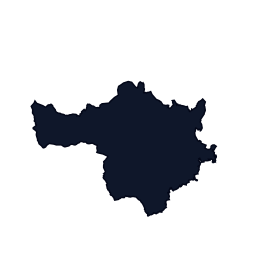 Trim Lea-6, Meath, Ireland (Albers equal-area conic projection), rotated 42°
{"feature_id": "5873133B65979893592853", "entity_name": "Trim Lea-6", "entity_type": "district", "adm_level": 2, "iso_a3": "IRL", "parent_name": "Ireland", "parent_adm1": "Meath", "projection": "albers", "projection_center": [-6.857, 53.512], "detail": "fine", "context": "isolated", "style": "filled", "palette": "ink", "viewbox_px": 256, "rotation_deg": 42, "n_neighbors": 0, "source": "geoboundaries", "source_scale": "gbopen_adm2", "svg_char_len": 5869}
<svg xmlns="http://www.w3.org/2000/svg" viewBox="0 0 256 256"><g transform="rotate(42 128 128)"><path d="M215.2,94.3L215.0,93.7L214.5,93.7L213.8,92.8L213.7,92.5L212.3,91.1L213.1,90.8L212.5,89.9L211.4,89.4L210.8,90.0L211.9,90.8L211.6,91.4L211.4,91.4L210.5,90.8L210.1,90.1L209.2,89.4L208.5,88.4L208.1,88.6L207.0,88.2L206.1,88.6L205.9,88.3L205.5,87.6L206.6,86.8L205.9,84.1L205.8,82.6L203.4,82.9L202.3,84.1L202.0,85.3L202.0,85.9L203.1,87.4L203.3,88.4L203.0,89.1L202.1,90.2L201.1,90.9L198.5,91.5L197.5,88.6L192.9,90.3L191.5,89.8L191.2,89.2L189.7,89.4L189.3,90.6L187.9,90.6L183.9,89.2L183.8,89.5L180.9,87.1L180.4,86.5L180.0,85.1L178.8,83.7L178.4,82.7L178.8,82.4L179.7,82.5L180.5,82.2L181.4,82.5L181.5,82.2L181.4,81.8L182.1,80.8L183.6,81.7L183.8,80.9L183.1,78.4L180.2,76.1L178.0,75.4L177.3,74.6L177.1,73.7L176.2,73.2L175.2,66.6L174.6,66.0L174.1,64.3L173.5,63.1L170.7,60.8L169.6,60.4L168.0,56.9L164.1,56.5L164.0,58.2L163.6,59.7L163.0,61.0L163.4,63.8L164.0,64.5L164.0,65.7L164.9,66.6L163.7,71.5L163.3,71.3L162.8,71.4L163.4,72.1L163.1,74.0L163.6,74.0L162.6,74.5L161.2,73.7L160.3,73.9L157.7,72.3L157.1,73.2L156.4,73.7L154.8,74.3L151.2,76.5L151.0,76.3L150.5,77.3L149.0,77.0L148.9,78.3L147.5,77.5L143.8,76.5L142.6,78.0L143.6,78.3L144.1,79.1L146.4,80.5L146.2,81.9L146.4,84.2L146.0,85.6L145.6,85.9L144.8,85.6L144.0,85.8L143.7,86.2L143.5,85.7L143.5,84.4L143.1,84.0L142.0,84.7L141.2,85.9L138.5,87.5L134.7,86.5L134.2,86.6L133.7,87.1L132.9,86.8L129.9,87.9L123.4,87.1L120.5,85.8L119.8,87.3L118.4,88.9L118.3,89.9L117.2,90.0L116.7,90.4L116.6,91.0L116.0,91.3L114.1,88.1L112.3,87.1L111.8,86.1L110.5,85.2L110.5,84.9L109.0,84.4L109.0,85.1L106.2,85.6L106.0,87.0L106.3,87.4L106.3,88.2L108.2,91.7L106.4,92.6L100.2,91.6L97.1,93.3L94.6,97.6L94.1,100.1L93.2,103.3L94.9,106.6L98.9,110.0L97.6,114.4L97.1,119.9L97.2,122.3L92.5,127.4L92.0,129.9L92.7,130.5L93.1,131.5L93.2,132.6L92.2,132.7L90.7,134.4L89.2,134.8L87.9,134.8L86.4,135.8L83.6,136.1L82.8,137.0L82.2,137.2L82.3,138.6L83.0,139.2L84.5,142.0L84.5,143.8L83.0,143.6L82.7,146.4L82.7,147.1L83.8,148.1L83.1,149.7L83.9,150.7L84.1,151.7L82.4,152.4L81.9,153.2L81.4,152.6L80.3,152.7L77.9,154.5L77.4,155.0L76.9,156.2L76.0,157.0L75.8,157.5L75.8,157.9L75.5,157.9L75.0,159.1L74.2,159.4L73.3,160.5L72.2,161.0L71.9,160.8L71.0,161.1L69.0,162.3L67.8,162.5L66.3,163.6L64.2,164.2L62.8,163.9L61.8,163.2L57.4,162.4L56.9,161.8L55.1,161.9L55.2,162.1L54.9,162.4L54.5,163.2L53.7,163.6L53.6,164.8L53.2,164.8L53.0,167.1L52.7,167.9L49.9,168.4L43.6,170.8L40.8,170.2L41.6,172.4L41.6,176.6L44.9,178.1L47.0,180.7L49.6,181.4L50.6,181.9L51.5,183.0L52.0,183.2L53.5,184.7L53.5,185.2L53.7,185.5L55.2,185.5L56.8,187.0L57.6,186.8L58.2,187.5L57.9,188.3L58.0,188.6L57.4,191.2L58.0,191.9L61.5,191.6L63.0,192.1L64.1,194.0L65.1,194.9L68.3,196.8L69.1,197.7L70.5,198.0L72.5,199.2L75.6,199.1L77.9,199.5L78.7,199.1L79.4,197.2L79.1,195.4L79.5,193.2L79.9,192.1L83.6,189.6L86.0,188.5L89.8,185.1L92.6,184.7L93.7,184.2L96.0,180.8L96.2,179.0L96.6,178.2L97.3,177.4L99.3,176.5L100.1,175.8L100.6,174.4L100.7,173.1L101.5,171.8L101.6,170.1L102.0,169.5L103.2,168.6L104.3,168.3L106.2,166.5L107.9,166.8L109.2,166.0L109.9,165.3L111.1,163.6L112.0,162.9L114.0,162.5L116.8,161.5L118.3,163.7L120.6,165.4L121.1,166.9L122.3,166.5L126.8,164.0L131.8,162.5L132.3,163.1L132.5,164.4L132.4,165.2L132.8,166.6L132.6,167.4L132.5,169.3L133.9,170.3L134.9,172.0L136.4,173.7L140.3,175.4L140.8,176.4L140.6,177.2L140.9,177.5L140.7,178.0L141.3,177.9L141.6,178.4L141.7,179.8L142.5,180.0L142.5,180.5L142.3,180.4L142.8,181.4L143.8,181.8L146.5,182.0L148.2,182.7L149.2,182.7L149.9,183.1L150.0,183.9L149.8,184.1L150.0,184.6L150.8,185.0L152.6,186.4L152.7,186.6L153.3,186.7L154.6,187.4L156.0,187.0L156.4,187.6L157.3,187.7L157.7,188.1L158.2,187.8L158.7,188.0L159.4,189.3L160.1,189.4L161.3,188.9L162.2,188.9L162.9,189.2L163.6,189.0L165.0,189.8L165.5,189.6L165.8,190.3L166.4,190.5L168.7,187.4L168.8,186.3L169.3,185.5L169.5,184.0L171.7,182.3L171.6,179.8L172.8,179.7L174.7,177.9L174.9,178.4L176.0,177.6L176.7,176.4L177.6,175.4L180.2,173.8L183.7,174.1L185.7,173.6L187.3,174.2L188.3,174.2L190.2,174.7L193.1,175.9L194.8,177.0L194.8,177.4L196.2,177.9L196.5,178.4L198.8,178.8L199.7,178.6L199.8,178.3L201.2,179.9L201.7,180.0L202.1,179.1L202.4,177.7L203.2,177.0L203.6,176.3L203.9,175.2L203.8,174.4L204.2,174.4L204.3,174.1L204.1,173.4L205.6,173.2L205.9,172.7L206.4,172.6L206.5,171.8L207.0,171.1L206.6,170.5L207.4,169.5L207.2,169.3L207.2,168.7L208.5,168.0L208.9,168.4L209.4,167.7L208.6,167.0L209.0,166.2L209.2,164.5L208.9,163.5L209.5,161.6L209.2,161.6L207.3,159.0L206.3,159.4L206.3,158.5L205.9,158.0L205.3,158.0L205.1,157.7L205.2,155.3L206.6,153.6L204.9,152.8L204.9,152.1L204.6,151.4L203.5,150.5L202.9,150.5L202.4,149.6L201.4,149.7L200.8,149.3L201.7,148.5L201.9,147.8L200.5,147.1L200.2,146.7L200.1,146.3L200.2,145.9L199.9,145.5L200.4,144.9L199.6,144.4L200.1,143.4L202.3,144.3L203.4,144.4L203.3,144.1L204.7,141.6L205.4,139.5L205.3,137.4L205.0,136.2L206.3,136.5L206.6,135.8L206.2,134.9L206.5,134.8L206.5,134.3L206.2,134.0L206.0,133.2L209.3,131.3L208.6,130.6L208.6,129.5L209.6,127.3L208.1,126.4L208.2,125.9L209.3,124.7L209.7,123.6L210.9,123.2L211.3,122.8L211.1,122.3L212.1,121.5L212.7,121.5L212.3,120.9L211.1,121.2L211.2,120.8L211.6,120.8L211.2,120.3L210.5,120.6L210.5,121.1L210.2,121.0L210.3,120.2L210.5,120.0L208.6,118.3L209.0,118.0L210.0,115.8L210.6,115.4L209.3,114.0L209.2,113.1L208.8,112.5L208.8,111.5L208.1,111.0L206.6,108.9L205.8,109.2L206.2,107.4L205.4,105.7L205.1,105.4L204.5,105.6L203.7,105.2L202.3,105.1L202.3,104.2L202.2,103.8L201.2,103.4L201.6,102.5L205.6,104.1L207.1,102.4L206.5,101.6L207.4,100.4L208.7,99.4L209.8,98.0L208.9,97.4L210.4,96.9L209.9,96.3L210.5,95.7L210.6,95.4L212.4,94.8L213.5,96.8L214.4,96.8L214.5,96.1L215.0,95.8L214.9,95.3L215.1,95.0L214.8,94.9L215.2,94.8L215.0,94.7L215.2,94.3ZM213.1,120.0L213.6,120.9L214.4,121.1L214.6,120.7L214.4,120.4L213.7,120.8L213.1,120.0Z" fill="#0f172a" stroke="#020617" stroke-width="1.5"/></g></svg>